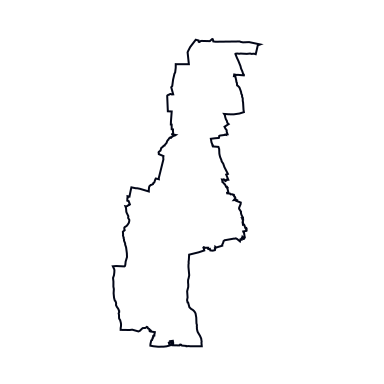 the district of Dealu Morii, Bacau, Romania, rotated 193°
{"feature_id": "2599482B68692155897535", "entity_name": "Dealu Morii", "entity_type": "district", "adm_level": 2, "iso_a3": "ROU", "parent_name": "Romania", "parent_adm1": "Bacau", "projection": "albers", "projection_center": [27.291, 46.281], "detail": "fine", "context": "isolated", "style": "outline", "palette": "ink", "viewbox_px": 384, "rotation_deg": 193, "n_neighbors": 0, "source": "geoboundaries", "source_scale": "gbopen_adm2", "svg_char_len": 5984}
<svg xmlns="http://www.w3.org/2000/svg" viewBox="0 0 384 384"><g transform="rotate(193 192 192)"><path d="M222.6,341.2L226.4,332.8L227.5,328.4L227.7,327.1L223.8,315.8L236.6,312.9L235.8,309.3L235.3,304.7L235.7,303.3L235.7,297.3L235.1,290.8L235.8,289.4L232.3,282.9L233.6,282.5L234.9,282.7L235.4,282.5L236.3,281.6L236.7,281.5L237.6,280.7L237.8,280.1L233.7,265.2L229.9,265.9L228.4,256.1L227.8,253.0L227.0,253.1L225.9,248.6L224.6,248.7L224.3,247.1L223.3,244.4L224.3,244.1L224.3,243.7L220.7,243.9L221.5,243.1L222.6,242.6L224.2,240.9L224.4,240.6L225.0,240.6L225.4,240.3L225.2,239.9L225.8,239.8L226.4,239.1L226.8,237.6L227.2,237.2L227.7,235.8L227.8,234.2L229.0,231.9L229.2,231.0L230.0,230.7L230.9,229.0L231.7,228.3L231.9,227.6L232.0,225.3L233.4,223.6L233.4,222.7L232.9,222.0L232.8,221.4L227.9,220.6L227.8,219.2L227.2,217.3L227.5,199.2L227.4,197.5L227.2,197.0L230.3,197.0L230.6,195.9L230.9,192.8L231.8,191.8L231.8,190.9L233.2,189.8L233.9,189.5L234.3,188.7L234.7,188.3L234.9,187.1L234.6,184.5L234.2,182.8L243.4,183.4L246.4,183.3L247.7,183.0L252.1,182.9L252.1,180.7L252.0,176.1L251.9,173.4L253.9,173.4L253.7,172.7L253.4,172.6L253.2,172.1L253.6,171.5L253.1,169.0L251.9,168.9L251.9,168.7L251.3,168.3L249.7,165.9L250.1,165.4L250.6,165.6L251.7,163.9L253.1,163.1L253.7,163.1L252.7,161.6L251.6,158.1L251.1,157.2L248.6,154.1L248.4,152.4L246.8,150.7L246.6,149.7L246.6,147.8L247.3,145.8L248.1,144.2L249.6,142.7L249.9,142.1L249.6,140.5L249.2,140.1L249.0,139.6L250.2,138.1L250.4,137.7L249.6,135.2L249.5,134.2L248.7,132.7L248.3,132.3L248.3,131.7L247.5,130.4L247.3,129.3L245.6,126.9L245.3,125.7L243.8,123.3L241.7,117.7L240.7,114.0L241.0,109.2L240.6,106.1L240.7,104.8L241.1,104.3L249.3,102.8L252.4,101.8L250.4,99.2L250.0,98.3L249.6,96.2L249.3,93.3L249.6,90.5L248.4,87.0L247.3,82.1L246.3,79.8L245.6,75.7L244.2,71.5L242.8,68.8L242.1,68.5L241.4,67.5L240.9,66.5L240.6,64.7L239.4,63.2L237.7,61.7L236.8,60.5L236.3,59.4L236.1,59.4L235.9,58.2L236.2,57.3L235.5,55.9L234.7,52.7L234.2,51.9L233.2,51.0L231.9,48.5L231.4,47.2L231.0,45.2L230.9,43.4L230.5,41.6L221.7,43.5L219.3,44.4L212.8,44.1L211.6,45.0L210.1,47.4L209.4,48.3L207.0,49.0L206.0,49.9L205.7,50.4L205.1,50.3L204.8,50.1L204.2,49.2L202.8,48.9L202.6,48.6L202.1,47.1L201.9,46.9L201.7,46.9L201.1,47.8L200.3,47.2L200.4,46.8L196.7,47.1L196.6,45.5L196.6,44.5L196.4,43.7L197.0,43.5L197.0,42.7L197.4,42.7L197.3,40.7L197.6,40.6L197.6,38.8L198.2,38.4L198.3,37.9L198.3,34.5L198.0,32.9L195.1,33.0L190.3,33.6L184.9,34.9L182.1,35.9L179.6,37.2L178.8,37.7L178.9,38.3L179.9,38.6L180.7,40.0L180.1,40.6L178.8,41.0L178.6,40.6L177.8,40.8L178.1,41.5L178.8,41.5L179.3,41.9L177.2,42.7L176.4,40.8L176.1,39.2L177.5,38.8L177.0,38.2L176.8,38.2L169.7,39.7L169.6,40.1L169.2,40.7L168.2,40.7L168.0,40.3L167.3,40.1L163.1,40.7L162.8,40.4L160.7,41.1L159.0,41.3L147.8,43.9L148.9,47.3L148.9,48.2L150.1,51.3L151.9,53.7L154.8,56.7L155.4,57.6L156.5,59.9L156.6,60.7L157.0,61.8L157.3,63.5L158.1,65.0L159.6,70.6L161.2,74.4L162.1,75.5L163.3,76.5L164.7,77.3L166.6,77.9L168.6,79.1L170.9,83.4L171.5,83.4L172.5,85.6L172.6,88.3L174.4,94.2L174.3,98.6L174.8,100.9L175.5,103.0L176.0,105.4L175.9,107.6L176.0,110.3L178.6,118.2L179.1,120.5L179.2,121.9L179.6,123.0L179.8,125.1L180.7,130.3L172.0,134.7L166.9,137.8L167.8,139.6L168.4,140.4L168.1,140.9L166.2,140.6L164.9,141.1L163.8,141.3L163.8,140.5L163.4,140.1L162.8,140.1L161.8,140.6L161.6,140.1L161.0,139.2L158.6,139.5L156.6,140.5L156.6,141.6L156.8,141.7L157.1,142.5L156.8,142.7L157.0,143.9L155.8,143.4L150.4,146.5L150.7,147.4L150.2,149.6L150.2,151.2L149.4,152.3L140.7,156.0L139.7,156.2L138.9,156.7L137.4,156.3L134.2,154.7L134.2,154.9L134.1,156.8L132.9,156.7L132.9,157.5L133.1,158.1L133.1,158.5L132.8,158.9L132.8,159.6L132.4,159.3L131.6,159.6L131.6,159.2L131.8,159.1L131.8,158.6L131.5,157.9L131.1,157.8L130.9,157.9L130.5,159.3L130.3,159.5L130.4,159.9L130.9,160.8L132.1,163.9L132.6,164.2L133.2,165.1L130.2,166.4L130.1,166.6L130.6,167.8L130.4,167.8L130.4,168.3L130.6,168.5L130.9,168.4L130.9,168.6L131.1,169.2L131.9,168.9L132.8,170.2L133.1,170.9L133.8,171.8L134.1,172.0L134.9,171.5L135.4,172.5L135.3,172.9L136.0,174.0L135.9,174.2L135.6,174.2L136.1,176.0L136.4,176.4L136.0,176.6L136.1,176.8L137.4,177.9L136.5,178.3L136.6,178.6L137.4,179.3L138.6,180.8L139.6,182.5L139.8,183.8L142.3,186.2L142.5,186.8L142.5,187.6L141.9,191.1L142.1,192.7L146.6,193.3L146.3,194.2L146.7,194.3L149.4,193.5L148.3,195.8L149.1,196.9L149.9,197.1L150.2,198.1L150.8,198.2L150.8,198.7L152.6,198.8L153.9,198.4L154.6,199.0L157.4,198.6L157.6,199.1L157.2,199.2L156.5,199.8L158.0,202.9L158.7,203.8L158.3,204.2L159.2,205.0L159.9,204.7L161.6,206.8L163.1,207.6L163.7,208.3L164.7,208.7L164.7,209.3L165.6,210.9L164.5,211.0L164.2,211.4L163.4,211.4L162.8,210.7L161.9,210.2L161.4,210.7L161.8,211.0L161.4,211.6L160.3,212.4L159.7,212.0L159.4,212.1L162.6,216.7L161.1,217.7L166.0,223.5L168.0,226.7L169.9,228.4L170.6,229.8L172.4,232.3L173.3,234.0L174.0,235.6L175.2,240.0L176.4,241.9L181.8,241.1L182.1,242.0L182.5,241.9L183.1,243.2L184.2,244.8L185.6,248.1L181.2,249.7L178.0,250.7L177.9,251.3L178.1,252.7L177.4,253.3L172.0,255.3L171.9,255.3L172.1,255.6L170.3,256.2L171.8,258.6L172.1,259.9L172.4,260.3L173.5,261.1L175.0,262.9L171.6,266.4L172.8,267.1L173.3,267.6L174.0,269.1L175.4,270.6L176.6,272.7L177.2,274.2L178.3,275.3L173.6,276.0L168.7,277.1L163.5,279.1L159.4,281.5L160.3,283.7L162.4,290.8L163.0,292.1L163.7,294.8L164.6,296.0L165.0,297.6L166.1,298.9L166.7,300.5L167.5,301.8L169.3,304.5L170.9,305.6L172.0,306.0L172.9,308.6L173.5,309.2L173.9,310.4L175.8,314.4L176.1,314.3L176.3,314.7L177.2,314.4L177.3,316.0L174.9,316.1L173.5,316.5L167.7,317.3L167.7,317.7L169.0,319.0L170.0,320.7L172.0,323.4L173.1,325.6L176.6,330.6L178.3,332.7L180.8,336.3L180.7,336.5L179.1,337.1L177.1,337.3L175.9,337.8L169.7,338.9L166.5,340.0L165.2,339.9L162.7,340.7L160.9,340.6L160.9,349.7L158.8,351.1L170.1,350.9L175.9,349.3L178.3,349.2L179.4,349.4L202.9,343.7L205.1,343.5L206.1,345.5L206.7,345.6L208.6,343.0L216.9,341.3L217.5,341.0L218.4,339.9L218.8,339.7L219.3,339.9L219.7,341.1L222.6,341.2Z" fill="none" stroke="#020617" stroke-width="2"/></g></svg>